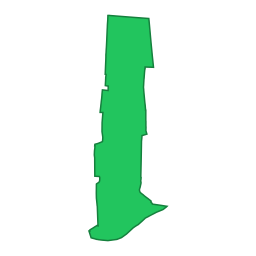 Roseti, Calarasi, Romania
{"feature_id": "2599482B60300141658332", "entity_name": "Roseti", "entity_type": "district", "adm_level": 2, "iso_a3": "ROU", "parent_name": "Romania", "parent_adm1": "Calarasi", "projection": "robinson", "projection_center": [27.459, 44.223], "detail": "fine", "context": "isolated", "style": "filled", "palette": "green", "viewbox_px": 256, "rotation_deg": 0, "n_neighbors": 0, "source": "geoboundaries", "source_scale": "gbopen_adm2", "svg_char_len": 2858}
<svg xmlns="http://www.w3.org/2000/svg" viewBox="0 0 256 256"><path d="M148.8,18.5L139.3,17.8L127.4,16.9L109.7,15.5L109.3,15.4L108.9,15.4L108.2,15.4L108.0,15.5L107.9,15.5L107.9,16.5L107.8,18.3L107.8,18.6L107.8,19.2L107.7,20.5L107.7,20.9L107.6,22.0L107.5,23.4L107.4,25.0L107.3,27.7L107.2,29.3L107.1,31.8L106.7,41.1L106.4,47.2L106.2,50.0L106.1,52.3L105.9,54.8L105.9,57.1L105.8,60.2L105.6,64.6L105.2,74.3L106.0,74.4L106.0,75.5L105.7,77.4L105.7,77.5L105.7,78.2L105.6,79.8L105.6,80.4L105.4,83.8L105.3,85.6L108.2,86.1L108.2,87.0L108.2,87.9L108.1,90.5L102.4,89.9L102.3,90.9L102.0,94.0L101.9,95.8L101.6,99.0L101.4,100.4L101.1,103.2L100.8,105.9L100.7,107.0L100.5,108.6L100.3,110.1L100.1,112.4L102.9,112.5L102.1,122.5L102.0,131.6L102.8,137.2L102.7,139.2L102.5,141.5L102.4,141.6L101.3,142.1L100.3,142.5L99.8,142.7L98.6,143.2L98.2,143.3L97.3,143.7L97.2,143.7L96.9,143.8L96.2,143.9L94.9,144.3L94.7,145.8L95.0,145.8L94.8,148.5L94.5,150.6L94.4,152.8L94.3,155.0L94.7,157.9L94.7,160.6L94.8,176.2L99.4,176.5L99.8,177.7L99.7,180.1L99.4,181.7L98.3,182.7L96.5,183.9L96.5,184.2L96.4,184.3L96.3,193.2L96.4,198.1L97.0,204.0L97.1,205.3L97.3,206.4L97.8,220.4L98.0,225.2L98.1,225.4L98.2,225.6L98.2,225.9L97.9,225.9L97.8,225.7L97.8,225.4L97.8,225.2L97.7,225.0L96.4,225.9L95.5,226.4L93.2,227.9L89.9,229.9L89.8,230.4L89.8,231.2L89.0,231.1L90.6,236.1L91.1,237.8L91.8,238.0L94.8,238.8L96.4,239.3L97.9,239.5L98.2,239.6L99.8,239.8L101.1,240.0L107.9,240.6L112.4,240.0L116.9,239.4L121.5,237.6L126.5,234.0L133.2,227.8L135.2,226.4L137.4,225.0L137.9,224.8L138.3,224.5L140.1,222.9L141.9,221.3L145.4,218.0L148.4,216.5L149.4,215.9L156.3,212.3L162.9,209.6L164.4,208.5L164.5,208.4L165.9,207.3L166.2,207.1L167.0,206.3L165.6,206.1L161.3,205.4L152.4,204.1L152.1,203.3L151.1,202.4L150.8,202.1L151.1,201.6L151.1,201.2L150.8,200.8L149.2,199.6L148.0,198.6L146.6,197.6L144.5,196.0L143.6,195.2L143.3,194.9L142.5,194.3L140.6,192.8L140.3,192.5L140.1,192.2L139.9,191.8L139.6,191.0L139.5,190.4L139.4,189.8L139.5,189.3L139.7,188.7L139.8,188.1L140.2,187.0L140.6,185.0L140.8,184.2L141.0,183.1L141.0,182.3L141.0,182.0L140.8,181.6L140.8,181.3L140.7,181.1L141.0,179.0L141.0,178.7L141.1,177.3L140.9,177.1L140.8,176.6L141.0,167.7L141.3,152.9L141.5,141.2L141.8,138.4L142.0,135.6L146.9,134.1L145.9,130.7L146.0,126.9L145.9,126.3L145.9,125.8L145.9,124.4L145.9,122.7L145.9,121.4L145.8,120.4L145.8,119.4L145.8,118.1L145.8,116.8L145.8,115.4L145.8,113.8L145.8,112.4L145.8,111.1L145.8,110.3L145.7,110.3L145.5,110.2L145.6,109.8L145.5,109.0L145.4,108.0L145.2,105.5L144.8,102.2L144.5,98.9L143.9,92.5L143.7,90.2L143.7,89.5L143.6,88.5L143.5,87.9L143.5,87.2L143.5,86.6L143.6,85.6L143.6,85.0L143.7,84.0L143.7,83.2L143.8,81.7L143.9,79.9L144.1,78.0L144.5,72.6L144.9,68.6L145.1,68.6L145.1,67.0L153.5,67.3L152.3,55.8L151.0,42.4L150.4,35.7L149.8,29.0L149.0,20.2L148.8,18.9L148.8,18.5Z" fill="#22c55e" stroke="#15803d" stroke-width="1.5"/></svg>